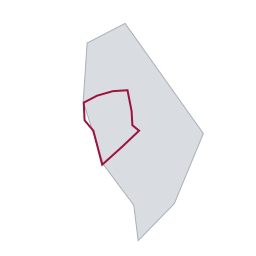 Grenada, with Saint John highlighted, rotated 318°
{"feature_id": "GRD-5073", "entity_name": "Saint John", "entity_type": "Parish", "adm_level": 1, "iso_a3": "GRD", "parent_name": "Grenada", "parent_adm1": "", "projection": "orthographic", "projection_center": [-61.707, 12.147], "detail": "fine", "context": "in_parent", "style": "outline", "palette": "rose", "viewbox_px": 256, "rotation_deg": 318, "n_neighbors": 0, "source": "natural_earth", "source_scale": "10m", "svg_char_len": 467}
<svg xmlns="http://www.w3.org/2000/svg" viewBox="0 0 256 256"><g transform="rotate(318 128 128)"><path d="M111.8,215.2L60.2,218.5L80.7,189.2L85.2,139.3L112.2,78.6L154.5,37.5L195.8,48.3L180.3,182.5L111.8,215.2Z" fill="#d9dde1" stroke="#a8b0b8" stroke-width="1"/><path d="M84.3,138.0L100.4,106.9L100.9,93.2L112.1,79.5L126.7,83.3L141.4,90.5L152.9,99.6L142.0,117.8L133.1,128.9L134.4,137.4L111.5,138.0L84.3,138.0Z" fill="none" stroke="#9f1239" stroke-width="2"/></g></svg>